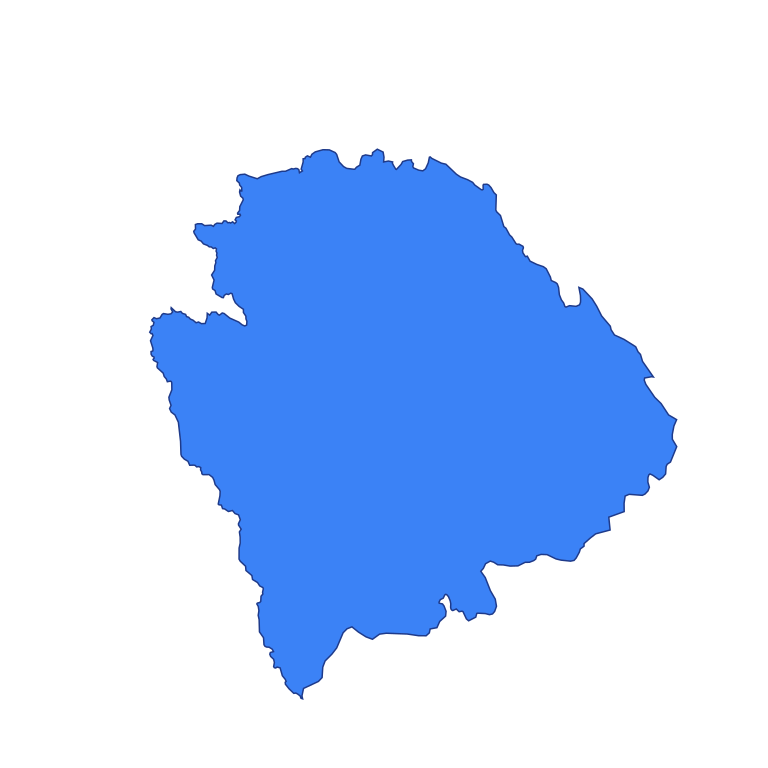 Fandriana, Amoron'i Mania, Madagascar, rotated 150°
{"feature_id": "10022922B23434626058692", "entity_name": "Fandriana", "entity_type": "district", "adm_level": 2, "iso_a3": "MDG", "parent_name": "Madagascar", "parent_adm1": "Amoron'i Mania", "projection": "robinson", "projection_center": [47.379, -20.289], "detail": "fine", "context": "isolated", "style": "filled", "palette": "blue", "viewbox_px": 768, "rotation_deg": 150, "n_neighbors": 0, "source": "geoboundaries", "source_scale": "gbopen_adm2", "svg_char_len": 6171}
<svg xmlns="http://www.w3.org/2000/svg" viewBox="0 0 768 768"><g transform="rotate(150 384 384)"><path d="M397.7,135.3L395.2,142.1L395.2,151.8L393.1,165.7L393.8,173.4L390.2,174.6L385.9,177.6L380.5,177.5L378.1,174.8L375.9,170.6L371.1,167.6L365.9,163.3L358.9,159.5L350.9,159.0L347.2,156.9L342.6,156.2L340.2,156.5L337.6,158.8L333.2,157.9L328.1,154.7L322.5,146.5L318.7,142.9L311.0,137.3L307.6,136.2L304.6,137.2L298.9,140.7L296.4,143.0L291.9,143.5L290.5,145.8L282.1,147.5L275.6,148.4L261.2,144.5L255.9,156.3L239.8,153.4L235.7,160.7L231.2,166.4L226.9,165.9L215.9,158.4L213.0,158.2L208.9,159.4L205.8,161.9L204.5,167.2L202.2,171.0L200.1,172.9L198.6,173.1L196.8,170.5L193.6,163.5L189.2,163.8L185.1,165.3L180.9,171.5L178.9,172.9L174.9,173.2L161.8,183.4L161.9,192.0L159.6,196.1L153.9,202.7L148.4,206.8L153.0,214.9L153.8,228.5L156.2,237.1L157.4,252.8L156.7,257.2L155.3,258.9L148.6,256.5L147.2,255.4L148.8,274.3L147.1,281.4L147.9,284.9L147.4,290.4L153.8,302.6L159.9,311.2L160.2,317.5L159.1,320.9L161.5,334.1L160.9,345.0L161.2,353.6L164.3,366.8L166.9,370.2L169.6,362.5L171.5,358.9L172.9,356.6L175.0,354.8L178.8,355.2L184.2,359.1L187.9,359.6L188.6,360.6L187.9,364.3L188.3,368.2L187.5,373.6L184.5,380.4L183.9,384.1L184.5,385.8L187.4,390.0L186.4,393.5L185.9,402.7L187.3,405.9L191.9,411.2L196.1,417.4L196.0,423.1L197.6,423.4L197.9,424.0L198.1,428.2L197.2,430.5L195.2,432.2L194.8,433.7L197.1,437.6L198.9,438.5L199.5,439.5L199.8,447.3L200.7,450.3L200.5,458.0L201.5,460.4L198.9,471.7L200.3,476.7L200.2,478.7L192.2,491.6L193.1,494.8L193.1,500.5L193.8,503.9L194.9,505.5L198.0,507.1L198.8,506.6L200.7,503.1L201.6,502.9L202.6,503.6L205.9,510.9L206.4,514.3L209.4,519.1L214.2,525.0L216.4,529.4L220.5,543.4L223.9,546.6L229.8,555.5L230.5,557.6L231.3,557.7L235.1,553.4L240.4,549.6L243.8,549.2L247.0,551.8L250.4,556.4L250.3,557.9L248.4,560.0L248.9,563.0L248.2,564.4L251.6,566.1L256.6,567.3L259.4,565.6L266.0,563.6L266.4,564.1L266.5,568.6L266.3,571.1L265.5,572.0L268.7,574.9L273.3,576.5L270.6,580.4L268.8,585.3L272.4,590.7L278.2,590.1L279.3,588.4L280.9,587.8L285.4,591.6L288.7,592.3L291.6,590.2L295.5,585.6L299.4,585.5L302.0,584.6L302.8,585.1L308.5,589.4L310.3,592.5L311.8,598.8L310.2,606.5L310.6,608.9L314.3,614.1L319.7,617.4L327.5,619.4L331.6,619.0L334.3,617.2L336.3,619.9L338.8,619.7L339.7,618.7L341.4,619.5L343.0,616.7L348.3,611.5L348.1,609.3L351.6,609.2L350.6,612.1L351.2,613.7L352.5,614.8L355.2,615.6L356.2,616.7L363.0,617.5L365.9,619.2L379.9,623.4L386.7,625.0L391.1,625.1L397.1,631.7L399.6,635.3L403.8,637.2L406.3,637.4L408.2,636.0L409.8,633.7L408.8,630.3L409.5,628.5L409.0,625.4L410.6,622.3L411.4,622.6L411.7,624.1L413.1,622.5L414.2,618.4L413.3,615.5L413.8,613.9L420.2,609.7L422.3,606.5L425.4,605.2L425.7,604.1L423.8,603.0L423.9,601.9L425.7,601.2L428.6,602.1L430.9,600.6L430.3,599.0L431.2,598.1L433.1,597.6L434.0,600.1L436.4,600.1L437.0,601.1L438.6,601.7L439.3,604.2L441.1,605.3L444.0,604.0L448.2,606.8L450.8,606.8L452.9,605.8L454.3,608.0L460.2,610.9L461.7,613.9L465.4,616.0L467.6,616.4L469.8,612.4L472.4,611.4L472.9,609.8L472.8,601.8L470.9,599.2L470.3,595.6L467.6,592.3L466.8,590.2L465.0,589.0L464.1,586.7L462.1,586.3L461.5,584.8L463.0,583.0L463.2,580.9L464.6,579.3L465.1,577.0L468.3,575.0L468.9,573.2L471.5,570.9L473.8,567.2L478.8,564.6L479.2,559.0L484.4,553.5L484.9,552.0L483.6,549.4L484.4,545.9L481.0,539.8L479.9,539.1L478.1,540.6L475.5,540.8L474.0,539.3L471.4,539.3L470.4,538.2L471.8,532.8L472.1,528.7L470.7,523.7L468.4,519.0L470.0,516.2L469.7,511.8L471.0,509.4L471.4,506.8L473.5,503.7L475.6,503.9L477.3,506.2L478.8,510.2L484.6,518.2L487.2,525.0L488.6,526.4L492.1,525.9L492.9,527.1L493.5,530.3L497.2,532.3L500.5,530.8L501.7,533.6L504.2,529.7L508.6,525.8L512.0,527.6L513.6,530.4L516.1,531.0L517.5,534.8L519.2,537.0L519.8,539.5L521.3,541.1L521.0,543.5L523.3,546.0L523.7,548.4L526.8,549.4L528.4,550.8L530.1,556.5L530.9,555.5L531.0,552.1L533.4,551.3L536.3,552.4L539.8,555.3L541.4,555.2L545.0,553.2L548.4,554.3L550.0,556.5L552.9,555.7L553.2,554.7L552.4,552.4L554.5,550.2L557.0,550.2L558.0,547.9L561.0,546.0L560.5,543.9L559.6,543.6L559.8,541.6L564.6,538.2L566.2,530.8L567.1,528.9L567.8,528.2L569.5,528.6L570.8,526.2L570.8,524.1L569.7,522.3L570.2,521.3L571.7,520.8L571.7,519.6L569.3,515.8L571.9,512.6L572.2,511.3L569.8,503.8L570.6,500.4L570.0,497.2L570.5,494.3L567.6,493.3L567.0,492.5L567.2,491.2L570.6,485.1L576.9,480.1L578.0,477.6L579.1,472.0L582.0,469.9L582.3,466.0L580.5,461.7L581.2,453.7L588.9,436.0L595.0,424.6L595.4,422.6L594.5,418.8L592.4,415.1L592.9,410.8L589.4,408.9L588.3,408.0L587.7,405.9L585.6,405.0L584.5,403.3L585.8,401.3L585.8,399.1L586.6,397.3L586.1,396.0L580.8,393.0L579.1,388.8L579.3,385.8L580.5,381.3L579.3,374.7L579.6,372.9L582.0,369.2L587.6,362.9L587.4,362.0L585.4,360.4L586.1,356.8L584.5,355.5L582.5,351.4L578.5,350.2L577.8,346.3L575.4,343.4L576.3,338.3L579.9,335.8L580.5,334.6L580.3,329.7L583.2,328.2L585.1,323.4L588.1,318.1L591.5,314.4L597.1,304.8L597.1,302.4L595.0,295.4L596.8,291.5L594.2,284.2L595.6,280.4L592.8,275.3L592.6,271.3L590.7,268.3L590.9,267.0L593.3,264.4L593.9,262.7L596.6,261.7L599.4,257.4L600.9,256.9L603.2,257.6L604.1,257.1L604.1,254.3L605.7,250.2L608.6,246.6L610.0,242.3L615.8,231.6L615.2,224.5L618.3,218.2L618.2,216.3L617.2,214.9L615.1,213.5L613.4,210.2L613.5,207.5L616.7,208.3L618.0,207.1L618.4,204.7L617.2,200.8L618.2,197.6L620.9,194.4L620.8,193.1L619.8,192.2L618.1,192.3L615.9,190.1L617.9,182.2L617.2,177.6L617.4,175.4L618.7,175.1L619.5,173.3L618.6,167.3L616.8,161.2L615.0,160.5L614.0,159.1L612.6,155.9L613.0,153.3L611.9,152.0L611.0,154.9L605.9,160.6L589.5,159.2L584.4,160.7L578.6,169.4L573.5,173.6L564.2,176.1L556.9,179.1L543.8,189.0L538.4,190.5L533.2,189.7L530.2,182.0L526.0,174.0L521.6,168.7L512.9,169.6L506.6,167.0L488.8,155.8L480.0,148.8L473.4,144.9L469.2,145.8L466.5,148.8L460.0,146.5L454.5,150.5L446.7,152.2L443.9,156.1L443.0,161.7L443.3,164.3L445.8,166.6L445.4,167.6L443.0,169.1L439.8,168.9L436.9,170.9L435.7,171.0L435.0,170.2L434.5,167.6L435.1,163.1L436.1,160.2L437.9,157.4L438.5,155.7L438.3,154.2L437.7,153.4L433.9,153.0L432.8,149.2L430.1,148.3L429.4,147.4L430.1,139.4L429.1,136.6L421.1,136.2L418.4,138.9L417.3,138.6L411.0,134.5L408.0,131.5L405.0,130.6L401.9,131.7L397.7,135.3Z" fill="#3b82f6" stroke="#1e3a8a" stroke-width="1.5"/></g></svg>